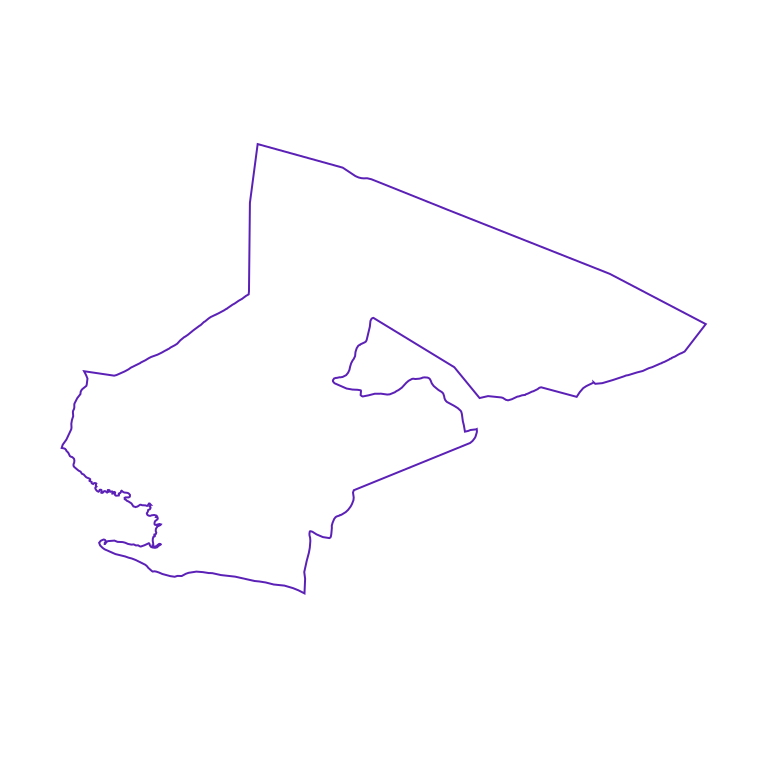 Morrumbene, Inhambane, Mozambique, rotated 98°
{"feature_id": "85939544B85400452133709", "entity_name": "Morrumbene", "entity_type": "district", "adm_level": 2, "iso_a3": "MOZ", "parent_name": "Mozambique", "parent_adm1": "Inhambane", "projection": "natural_earth1", "projection_center": [35.2, -23.422], "detail": "fine", "context": "isolated", "style": "outline", "palette": "violet", "viewbox_px": 768, "rotation_deg": 98, "n_neighbors": 0, "source": "geoboundaries", "source_scale": "gbopen_adm2", "svg_char_len": 6159}
<svg xmlns="http://www.w3.org/2000/svg" viewBox="0 0 768 768"><g transform="rotate(98 384 384)"><path d="M164.0,542.5L223.2,542.0L311.1,530.6L314.1,530.5L316.0,533.0L319.5,536.5L321.7,539.4L325.1,543.1L326.5,545.0L331.0,549.9L331.4,550.1L332.0,551.2L333.0,552.2L337.1,557.8L341.7,564.8L343.4,566.7L347.2,570.2L347.6,570.9L351.5,574.0L351.7,574.5L357.3,580.2L362.6,585.1L364.9,587.6L365.1,588.1L369.1,591.8L372.9,594.4L374.7,596.5L377.6,600.5L379.1,602.0L380.1,603.6L380.5,603.8L381.1,604.9L383.8,608.4L386.5,612.4L389.6,618.3L391.2,620.6L393.7,623.6L396.5,627.7L397.1,628.2L403.0,636.9L405.0,639.0L407.6,642.5L412.4,650.2L413.3,652.4L413.1,682.8L416.9,680.1L419.9,678.4L425.9,678.3L427.3,678.5L430.9,681.9L432.3,682.8L434.0,683.3L436.2,683.2L440.7,685.8L446.5,687.8L447.7,687.8L450.2,687.4L451.9,687.5L453.6,688.1L455.0,688.2L459.1,687.3L463.1,688.0L466.9,688.1L470.6,687.4L472.3,687.4L483.3,690.8L488.8,693.7L492.2,694.3L492.3,692.0L492.6,690.8L493.5,689.7L494.3,689.3L496.0,687.1L499.1,685.0L499.5,684.1L499.8,682.5L500.8,681.0L501.3,680.5L503.1,679.9L505.2,679.9L506.5,680.3L507.7,680.2L508.7,679.8L509.4,679.0L511.7,675.4L512.4,674.1L513.0,672.3L514.9,670.7L515.4,668.8L517.5,666.3L518.0,665.3L518.7,662.4L519.2,661.7L519.9,661.7L520.5,662.2L521.0,662.1L521.7,659.9L523.0,659.6L523.5,658.1L522.5,657.3L522.3,656.4L522.4,655.4L522.7,655.0L523.3,655.3L524.8,655.2L525.6,654.4L526.6,655.4L527.3,655.4L527.9,655.2L529.4,653.9L530.0,653.0L530.4,651.8L530.0,651.3L528.4,650.8L528.1,649.7L528.3,649.1L529.3,648.7L530.5,649.0L531.1,648.7L530.9,647.5L529.0,646.1L528.9,645.3L529.3,644.7L529.4,643.8L530.0,643.1L529.5,642.6L529.0,641.6L528.7,641.7L528.4,642.8L527.5,642.7L527.3,641.8L527.4,641.1L528.5,640.4L528.8,639.9L528.2,638.4L528.5,637.7L530.3,637.8L530.3,637.3L530.1,636.9L528.7,636.7L528.4,635.9L528.6,635.4L529.0,635.1L530.4,635.3L531.4,634.8L531.8,634.2L531.8,633.3L531.3,631.1L530.3,631.0L529.4,631.3L528.9,630.8L528.8,630.2L528.0,629.6L526.6,629.4L526.2,628.9L527.2,627.4L527.6,626.1L527.5,623.3L527.7,622.1L528.1,621.3L529.2,620.1L530.9,620.0L531.8,621.0L532.3,624.2L532.8,625.0L534.2,624.7L534.4,623.8L535.5,622.2L535.9,620.7L537.4,617.5L540.1,615.1L540.2,613.8L540.5,613.0L539.6,611.0L537.6,608.8L537.4,608.0L537.7,606.6L537.4,603.4L537.7,601.7L537.5,601.2L535.1,600.1L535.0,599.4L535.9,598.3L535.9,598.5L536.3,598.3L537.9,599.0L538.6,598.0L539.6,598.0L540.7,598.5L541.6,600.0L543.3,600.1L545.0,600.9L546.3,600.3L546.8,599.6L547.2,598.2L547.0,596.9L546.4,595.9L545.7,593.4L546.0,591.0L546.4,590.6L547.5,591.2L547.6,589.7L548.9,589.3L549.6,589.6L551.7,591.6L552.8,591.9L554.6,591.8L555.3,591.1L555.3,590.2L553.9,586.9L554.1,585.4L554.8,585.8L556.8,588.8L557.5,588.9L558.3,589.4L559.2,589.7L560.3,589.7L561.4,589.6L562.9,588.8L564.0,589.0L564.6,589.3L564.9,590.4L565.4,590.5L566.4,589.7L566.9,590.0L567.0,590.6L567.5,591.1L569.4,591.4L571.5,591.2L574.3,590.3L576.0,590.0L576.4,590.1L576.3,590.6L576.8,590.5L577.1,589.9L576.9,588.2L576.0,586.5L575.2,586.0L573.7,584.5L573.5,583.8L573.6,583.0L573.9,582.7L574.2,582.9L575.7,584.8L577.3,586.0L578.1,588.0L578.1,590.4L577.8,591.9L576.5,593.3L574.8,594.1L574.4,594.7L577.1,598.9L578.7,602.0L578.8,602.9L578.0,605.1L578.4,607.2L577.7,609.5L578.2,611.8L578.0,615.3L577.2,618.2L576.9,620.7L577.4,625.9L576.6,629.2L578.0,635.4L578.5,636.3L579.9,637.3L581.2,637.9L581.3,638.3L580.1,638.4L578.9,637.7L578.1,637.7L577.2,638.7L577.0,639.8L577.4,640.7L578.7,642.7L580.9,644.0L583.4,642.6L585.4,639.9L586.6,637.6L589.8,626.3L590.8,616.3L591.5,612.9L591.9,609.5L592.8,605.6L596.2,595.3L597.3,593.5L599.0,591.7L601.6,587.7L601.9,587.0L601.4,585.1L601.5,583.3L602.0,580.6L603.0,577.0L604.0,568.9L604.0,564.4L602.8,561.9L602.3,557.6L599.5,553.8L598.2,551.3L595.9,543.7L595.5,537.1L595.6,531.1L595.2,527.9L595.9,518.9L595.5,504.5L597.1,484.8L596.9,479.9L597.0,473.6L597.9,465.3L597.5,454.6L598.8,445.7L600.2,440.1L602.4,433.6L587.9,435.0L581.3,436.8L569.7,435.9L561.6,434.9L556.4,434.7L549.6,435.1L546.4,435.8L544.6,436.6L542.8,437.0L540.7,437.0L540.1,436.7L540.0,436.1L540.3,434.3L542.3,429.9L544.1,423.2L544.2,416.7L543.4,415.7L542.4,415.4L540.1,415.3L533.8,415.6L531.6,416.0L528.6,415.6L524.7,414.6L522.7,413.5L521.8,412.5L520.3,409.5L519.9,409.3L519.5,408.1L516.2,404.1L513.6,402.0L510.0,400.0L507.3,399.0L503.4,398.1L500.6,398.2L495.8,399.6L493.4,399.1L430.4,290.5L428.1,288.4L425.1,286.7L423.6,286.1L419.2,285.4L417.8,285.4L415.7,285.9L416.1,286.5L417.5,291.9L418.8,294.2L419.9,297.2L413.7,299.2L410.0,300.7L402.9,302.7L400.6,303.7L399.8,304.4L397.6,307.6L395.9,311.4L393.0,319.2L392.2,320.3L391.8,320.5L391.4,321.1L389.7,322.1L387.6,322.8L385.1,324.1L383.9,325.7L382.3,329.3L379.1,334.5L376.7,336.8L374.0,338.3L372.5,339.5L371.9,340.6L371.6,341.9L371.8,344.9L372.3,346.6L373.1,347.9L373.8,349.7L374.7,353.6L374.7,355.9L375.1,357.0L377.4,360.1L379.7,362.1L385.1,365.8L388.1,368.9L389.3,370.7L390.6,372.0L393.4,376.8L394.0,379.3L394.0,385.5L394.9,391.7L397.4,397.8L399.3,403.3L399.0,404.5L398.2,405.6L394.1,405.8L393.5,406.2L393.4,409.2L393.9,414.4L393.7,420.4L390.2,432.9L389.5,433.9L388.5,434.9L387.4,435.1L385.5,434.2L384.6,432.4L384.6,431.8L383.5,428.9L383.5,428.3L382.8,426.0L380.5,422.7L377.8,421.1L374.8,420.2L371.8,420.0L368.0,419.4L364.9,418.3L363.5,417.5L360.4,416.5L356.3,416.7L352.3,416.0L349.7,414.8L348.9,413.9L348.6,413.2L348.1,413.0L345.3,408.7L344.4,407.8L342.8,407.3L329.2,406.0L323.5,406.2L321.5,405.6L320.4,404.7L320.0,403.7L357.6,316.7L384.6,287.4L381.5,279.3L381.0,266.1L381.2,264.4L382.7,261.1L382.9,258.9L381.3,255.3L378.0,250.3L377.4,248.5L376.0,245.8L375.1,242.6L374.6,242.3L373.3,239.9L371.0,236.5L370.4,235.1L369.1,233.2L367.8,231.3L366.1,229.6L365.4,227.9L369.9,191.4L364.8,189.0L360.3,186.1L357.8,183.2L353.4,176.6L353.1,176.7L354.4,174.8L352.8,168.0L348.3,158.1L343.1,147.6L341.9,145.5L341.2,143.3L337.3,135.0L335.1,129.6L331.5,124.0L330.0,120.8L325.3,113.2L324.7,111.9L324.3,111.7L323.0,109.3L319.8,104.7L319.4,104.5L318.6,102.9L318.1,102.7L316.3,99.7L314.0,96.8L312.4,94.5L312.2,93.9L310.0,90.8L279.9,73.7L243.5,175.8L202.6,345.3L183.0,425.0L182.6,429.2L183.2,433.0L183.3,435.2L183.0,438.0L182.1,441.2L175.5,455.0L164.0,542.5Z" fill="none" stroke="#5b21b6" stroke-width="2"/></g></svg>